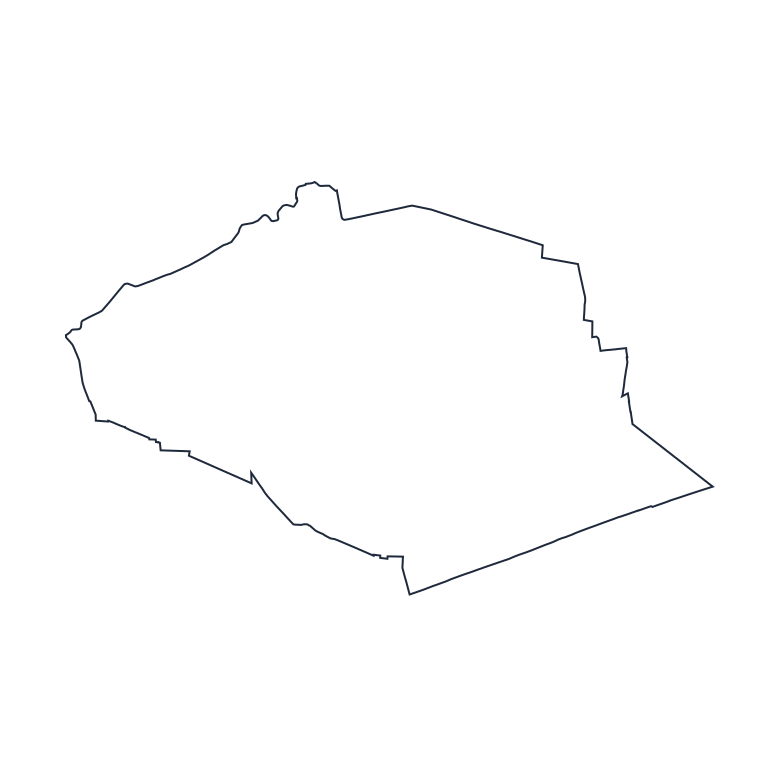 San Nicolás de los Garza, Nuevo León, Mexico (Equal Earth projection), rotated 169°
{"feature_id": "50627088B83196727930026", "entity_name": "San Nicolás de los Garza", "entity_type": "district", "adm_level": 2, "iso_a3": "MEX", "parent_name": "Mexico", "parent_adm1": "Nuevo León", "projection": "equal_earth", "projection_center": [-100.265, 25.736], "detail": "fine", "context": "isolated", "style": "outline", "palette": "slate", "viewbox_px": 768, "rotation_deg": 169, "n_neighbors": 0, "source": "geoboundaries", "source_scale": "gbopen_adm2", "svg_char_len": 5600}
<svg xmlns="http://www.w3.org/2000/svg" viewBox="0 0 768 768"><g transform="rotate(169 384 384)"><path d="M673.0,408.3L673.9,403.0L662.0,399.8L661.7,400.6L657.0,397.7L655.6,396.7L651.0,393.6L648.2,391.9L647.5,391.6L647.0,391.3L646.3,391.1L646.3,390.4L643.5,388.4L643.0,388.0L642.8,387.7L640.8,386.4L636.9,383.8L636.4,383.5L633.8,381.8L632.2,380.7L624.9,375.8L624.9,374.4L618.7,373.0L618.9,370.5L616.9,370.1L617.0,369.8L615.2,369.1L615.9,361.5L591.0,355.8L587.6,355.0L589.2,350.8L566.7,335.2L559.8,330.4L532.9,311.7L531.3,322.3L529.0,317.1L525.4,308.7L523.8,305.3L521.6,299.8L519.7,296.0L512.5,284.0L506.7,274.8L505.4,272.6L502.6,268.1L501.7,266.5L500.9,265.4L499.9,263.7L499.3,263.3L497.9,262.9L494.8,262.1L492.0,261.5L490.2,261.6L488.9,261.5L487.7,261.3L486.3,260.9L485.5,260.4L484.8,259.6L483.6,258.9L483.4,258.6L483.1,258.2L481.8,256.5L480.4,254.7L479.3,253.3L478.6,252.6L477.6,251.8L475.9,250.6L474.3,249.5L472.6,248.4L471.0,246.7L466.1,242.7L463.5,241.7L461.8,241.0L460.8,240.4L457.4,238.2L453.7,235.7L442.9,228.4L440.6,226.8L434.3,222.5L427.0,217.4L426.8,218.4L420.4,216.3L420.9,214.0L414.0,211.8L413.4,214.1L406.6,212.7L398.3,210.9L398.9,208.7L399.4,206.6L399.9,204.4L400.5,202.2L401.0,200.0L401.0,199.7L400.4,191.2L400.1,187.4L400.0,187.2L399.1,173.7L399.0,172.5L391.7,173.5L383.6,174.7L381.5,175.1L375.2,176.2L373.3,176.5L371.1,176.8L364.8,177.8L360.4,178.5L355.5,179.6L350.5,180.4L345.4,181.2L340.9,181.9L336.1,182.5L334.1,182.8L326.5,184.0L322.2,184.6L321.8,184.7L317.6,185.3L306.2,186.9L294.5,188.5L290.0,189.5L285.1,190.4L279.8,191.2L278.0,191.4L275.6,191.8L272.3,192.3L265.4,193.6L262.8,194.1L255.8,195.4L251.3,196.1L248.5,196.6L245.0,197.4L242.4,198.1L240.5,198.4L238.9,198.7L234.7,199.1L232.2,199.6L229.0,200.1L224.1,201.2L219.8,202.0L210.2,203.6L204.2,204.5L196.4,205.8L188.0,207.1L183.6,207.8L178.3,208.7L177.8,208.6L169.6,209.7L163.6,210.6L161.5,210.9L159.6,211.2L158.4,211.4L158.4,211.2L154.2,211.8L150.3,212.4L148.1,212.7L145.9,213.0L145.4,213.1L144.8,212.9L144.4,212.6L144.0,212.1L136.0,213.3L134.4,213.5L130.4,214.1L128.4,214.4L126.7,214.7L126.4,214.7L126.2,214.9L117.2,216.0L107.4,217.3L93.0,219.1L80.9,220.5L147.3,296.8L147.7,297.2L147.3,306.0L147.1,309.6L147.4,309.6L147.0,320.0L146.7,320.0L146.4,328.3L152.6,326.5L151.9,327.7L150.5,331.7L149.4,334.8L149.0,335.8L148.8,336.4L148.3,338.1L147.5,340.6L147.3,341.4L146.0,345.1L144.7,348.6L143.8,351.2L143.6,351.6L142.3,355.0L140.9,359.0L140.7,363.8L140.0,363.8L140.0,364.0L140.0,366.7L139.9,367.8L139.9,369.5L139.6,371.9L139.5,373.0L146.3,373.6L151.5,374.0L152.1,374.1L153.5,374.2L154.6,374.3L157.4,374.6L160.3,374.9L165.1,375.2L165.0,379.0L165.0,382.0L164.9,384.7L164.8,386.1L164.9,387.6L165.2,388.3L165.5,388.7L166.1,389.5L166.6,390.0L170.7,390.2L169.3,396.9L167.5,405.7L169.4,406.4L175.6,408.8L175.2,410.4L175.0,411.4L174.6,412.8L174.2,414.2L173.5,417.0L173.2,418.0L171.8,424.1L170.9,426.1L170.3,428.9L170.0,431.5L170.1,433.4L170.2,435.7L170.3,439.4L170.4,444.9L170.7,455.7L170.7,457.6L170.7,459.7L170.7,464.7L184.3,470.0L204.9,477.9L201.7,489.9L212.3,495.8L216.8,498.2L238.9,510.2L242.8,512.3L243.7,512.7L246.8,514.4L247.2,514.6L251.2,516.7L251.4,516.9L251.5,516.9L253.9,518.2L255.5,519.1L255.9,519.3L260.2,521.6L266.6,525.1L272.0,528.2L277.1,531.0L282.7,534.2L304.3,546.2L322.2,553.7L326.3,553.8L331.5,553.6L352.0,553.2L360.5,553.1L372.0,552.8L378.6,552.7L383.1,552.6L390.0,552.6L391.5,552.7L392.3,553.1L393.3,554.1L393.7,555.7L393.8,556.2L393.7,556.9L393.7,564.7L393.5,568.1L393.4,582.1L393.3,583.0L394.7,582.8L397.2,585.7L399.9,589.1L402.5,589.6L408.0,590.4L409.6,591.0L410.2,591.7L411.6,593.5L413.5,595.5L414.6,595.2L415.8,595.0L417.7,594.9L421.8,595.3L422.6,595.4L423.1,594.4L427.6,594.1L429.3,594.1L430.8,593.5L431.8,592.7L432.4,591.6L433.2,589.9L433.7,588.5L434.1,587.4L434.3,586.0L434.7,583.1L434.0,583.1L434.1,581.6L434.1,580.7L434.3,580.1L434.5,579.6L434.9,579.1L435.5,578.6L436.9,577.1L437.6,576.3L438.2,575.7L438.6,575.4L439.3,575.4L440.1,575.7L440.6,576.0L442.0,576.8L444.5,578.0L445.4,578.4L446.1,578.4L447.1,578.4L447.7,578.4L449.2,578.2L450.6,577.2L453.9,574.5L454.1,574.4L454.9,573.5L455.6,572.4L456.0,571.1L456.1,566.9L456.2,566.2L456.7,565.6L457.5,565.1L461.8,565.0L463.3,565.6L463.8,566.4L464.5,568.0L465.2,569.4L465.7,570.3L466.6,571.4L467.6,572.2L469.0,572.6L470.0,572.5L470.7,572.3L471.1,572.0L471.3,572.0L471.9,571.6L472.4,571.2L472.9,570.8L473.2,570.6L476.8,568.3L478.3,568.0L481.9,567.2L482.3,567.1L491.2,567.3L491.7,567.2L492.9,567.2L493.7,566.6L494.7,565.6L496.1,564.0L497.4,561.3L498.3,560.1L499.0,559.4L503.8,555.2L505.6,553.5L506.8,552.5L511.2,551.4L515.1,550.9L520.3,549.0L525.5,547.1L531.5,544.6L537.0,542.6L541.4,541.2L552.0,537.8L553.0,537.5L557.5,536.5L561.8,535.4L571.7,533.1L572.8,532.8L573.7,532.8L575.4,532.7L576.8,532.5L580.0,532.0L582.5,531.5L588.8,530.3L590.5,529.9L596.7,528.9L598.5,528.6L604.8,527.5L606.8,527.2L609.1,527.2L610.1,527.5L610.7,527.8L611.5,528.4L616.3,531.4L617.4,531.6L618.7,531.6L619.6,531.5L620.5,531.0L626.1,526.5L627.3,525.5L628.9,524.2L637.6,517.0L645.4,510.9L646.8,509.8L650.4,508.5L651.0,508.4L659.8,506.1L668.1,503.6L669.0,502.6L669.4,501.9L669.7,500.5L670.7,497.6L671.8,496.4L673.2,496.0L678.4,496.7L679.2,496.8L680.4,496.5L682.1,494.9L682.6,494.6L683.1,494.3L683.9,493.9L684.7,493.5L685.4,493.2L686.9,492.7L687.0,492.1L687.1,490.3L684.0,485.1L682.5,482.4L682.0,481.0L681.1,477.1L680.6,474.5L680.0,471.9L678.7,465.1L679.1,455.8L679.4,449.1L679.6,442.7L679.1,437.9L678.6,434.5L677.5,428.6L676.6,423.4L675.6,423.0L674.8,418.9L674.3,416.4L673.6,412.6L673.1,410.2L673.0,409.9L672.9,408.9L673.0,408.3Z" fill="none" stroke="#1e293b" stroke-width="2"/></g></svg>